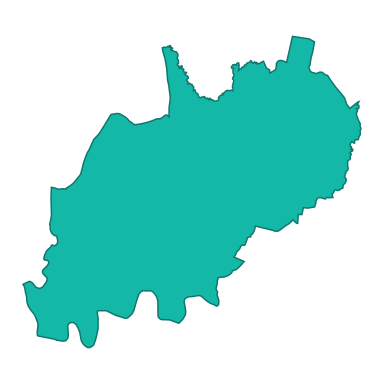 Ba Ria, Bà Rịa - Vũng Tàu, Vietnam
{"feature_id": "81297802B66449035371360", "entity_name": "Ba Ria", "entity_type": "district", "adm_level": 2, "iso_a3": "VNM", "parent_name": "Vietnam", "parent_adm1": "Bà Rịa - Vũng Tàu", "projection": "robinson", "projection_center": [107.192, 10.508], "detail": "fine", "context": "isolated", "style": "filled", "palette": "teal", "viewbox_px": 384, "rotation_deg": 0, "n_neighbors": 0, "source": "geoboundaries", "source_scale": "gbopen_adm2", "svg_char_len": 5842}
<svg xmlns="http://www.w3.org/2000/svg" viewBox="0 0 384 384"><path d="M358.9,101.7L357.8,102.1L349.8,108.5L346.7,104.2L344.5,97.9L343.6,96.6L335.7,87.2L330.1,79.5L327.8,75.7L326.9,75.1L325.4,74.9L322.5,72.5L321.2,72.1L319.3,72.3L316.2,73.6L311.7,72.3L310.3,71.2L308.7,67.1L309.5,66.1L310.1,64.5L310.9,58.6L312.9,51.0L314.5,41.9L309.2,38.9L292.5,36.4L286.6,62.5L283.6,61.1L281.1,60.4L278.8,60.7L278.1,61.1L276.5,63.3L276.0,68.5L275.4,69.8L269.9,73.1L269.5,69.8L267.1,68.6L266.2,67.6L263.5,61.3L260.5,62.7L259.2,63.7L257.6,63.5L256.9,64.0L256.7,63.7L257.0,63.2L256.8,62.5L255.4,63.0L254.7,61.8L253.0,63.4L252.7,63.4L251.4,60.9L250.5,60.8L250.1,62.0L246.6,63.3L246.3,65.0L244.5,65.0L244.0,66.9L242.2,67.1L241.2,68.8L240.0,68.8L238.6,70.4L239.1,65.4L238.7,63.0L238.0,62.8L237.4,63.4L236.7,63.6L236.1,65.2L234.6,64.5L232.8,64.9L231.5,66.8L231.4,67.6L231.7,68.1L233.1,68.1L233.6,68.6L233.0,69.6L233.0,72.4L233.2,73.5L233.9,74.4L233.9,75.8L232.6,78.0L232.6,78.9L233.7,80.0L233.5,82.2L232.5,85.6L232.5,87.3L233.1,88.3L232.8,90.9L231.7,90.0L230.8,90.5L229.1,90.7L227.5,90.2L225.4,91.3L224.0,93.0L222.4,93.4L222.3,94.0L223.1,94.8L220.5,95.4L219.4,96.4L218.4,97.9L218.7,99.2L218.5,100.1L217.8,100.6L215.1,101.2L213.2,100.5L213.0,100.0L211.9,99.9L211.3,99.4L210.6,99.3L210.6,98.8L210.1,98.3L209.6,98.6L209.2,99.8L208.7,99.6L207.7,98.1L207.2,98.2L206.5,98.8L206.0,98.7L204.5,96.6L203.8,96.6L203.3,97.1L202.2,96.9L200.6,97.7L199.2,97.3L198.6,96.4L197.9,94.0L195.9,92.7L195.0,89.9L194.4,89.8L193.4,90.6L193.7,86.7L192.4,85.8L192.1,84.6L191.3,84.5L189.7,83.3L188.0,84.1L187.7,83.8L188.1,82.2L186.6,80.1L186.6,79.7L188.3,78.1L188.3,77.3L187.6,76.2L185.8,75.1L185.0,74.2L185.2,73.5L186.4,73.1L186.6,72.8L186.5,72.4L183.8,72.0L183.5,71.3L183.8,69.4L183.1,68.8L181.6,68.8L181.5,68.1L182.3,66.6L182.2,66.1L181.3,65.9L180.9,66.1L179.6,68.2L179.1,68.4L178.9,68.1L178.9,66.0L177.2,64.7L177.2,64.1L178.4,63.3L178.6,62.9L178.2,60.0L177.1,58.1L177.9,56.0L177.9,54.5L176.7,52.2L175.9,51.7L174.6,51.6L172.8,50.7L170.8,50.3L170.9,49.5L172.4,48.9L172.6,48.4L172.1,47.8L170.7,47.8L170.5,47.2L170.9,46.4L170.1,45.6L169.5,45.7L169.3,47.1L168.0,46.3L165.7,47.6L163.9,47.1L162.9,47.8L162.4,47.8L162.6,50.3L165.1,59.1L166.7,68.4L167.6,80.1L168.7,85.1L170.2,97.0L170.2,99.5L169.1,107.1L169.0,116.9L167.0,115.0L165.3,115.1L162.8,117.2L160.4,118.7L156.5,118.9L152.2,120.8L145.6,122.8L139.0,124.2L134.5,124.7L129.0,120.8L127.5,118.9L125.6,117.2L119.7,113.8L118.0,113.5L115.9,113.6L111.0,114.5L100.4,131.8L98.1,134.9L93.7,139.5L89.3,149.4L87.3,152.8L85.4,157.4L83.5,163.0L80.7,174.2L73.5,183.1L70.0,185.9L66.3,188.1L66.2,189.2L62.8,188.7L59.8,189.2L58.0,189.1L54.6,187.9L51.4,187.3L51.0,197.5L51.5,215.6L49.7,224.4L49.8,225.3L50.2,225.9L50.2,229.5L51.4,232.5L52.3,233.9L54.7,235.7L55.8,235.7L56.9,236.3L57.2,238.7L57.6,239.5L57.6,242.5L56.8,244.2L54.9,245.6L54.1,245.7L52.4,245.0L51.4,245.3L50.7,247.2L48.2,249.2L46.3,251.3L44.3,256.0L43.8,258.6L44.0,259.4L44.8,260.0L46.8,260.3L48.1,260.9L48.6,261.8L48.6,263.6L47.0,266.0L43.4,269.4L42.5,271.0L42.5,272.1L43.0,273.6L46.7,277.6L47.2,278.6L46.9,280.8L46.1,282.4L42.7,287.0L39.9,288.5L36.0,287.4L32.4,282.9L30.3,281.5L28.9,281.5L23.0,284.3L24.1,286.1L25.0,288.9L25.3,291.5L26.5,296.3L27.1,302.7L28.4,306.5L31.3,310.8L33.9,313.9L35.0,315.8L37.7,322.7L38.0,325.1L37.2,332.2L37.4,335.3L37.9,335.9L54.6,339.2L56.5,340.2L62.7,341.1L65.7,340.8L67.8,338.2L68.3,335.4L67.7,325.8L68.3,324.4L69.5,323.2L71.2,322.5L73.4,322.5L75.9,324.3L78.1,328.0L79.8,332.5L81.3,340.7L83.3,344.2L85.6,346.3L87.9,347.6L89.9,347.5L92.5,346.0L93.7,344.8L95.2,340.9L96.5,336.1L98.0,329.1L98.1,318.6L97.2,311.9L97.8,310.7L106.3,310.7L115.6,315.3L125.1,318.2L126.6,318.2L127.7,317.9L131.9,314.1L133.7,310.9L136.7,300.4L139.0,293.9L141.1,291.6L143.3,290.6L145.7,290.9L150.8,290.8L152.5,291.7L154.5,293.6L155.8,295.5L156.7,297.1L157.9,301.1L158.0,315.1L158.4,317.3L159.3,318.2L160.4,319.2L161.7,319.6L169.7,319.9L178.9,323.3L182.6,319.5L185.4,314.9L185.7,311.6L185.3,308.2L184.1,301.8L184.4,300.0L185.0,298.9L186.4,297.8L188.6,296.8L193.0,296.5L198.6,295.5L200.7,295.9L201.8,296.6L206.4,300.7L209.9,303.1L213.8,304.6L216.5,306.1L217.4,305.9L218.4,304.8L218.7,303.6L218.8,300.2L217.1,295.0L217.1,293.4L217.6,292.8L217.4,291.7L216.2,289.4L216.1,288.2L217.0,284.9L217.3,281.2L217.5,279.9L218.0,279.2L218.1,277.6L221.7,277.1L223.7,277.2L228.1,275.6L231.2,273.4L233.0,270.5L236.1,269.7L237.8,268.3L241.3,264.8L244.1,261.5L233.9,257.0L235.5,254.7L236.9,251.7L239.5,249.0L241.6,245.1L244.3,245.3L245.0,244.8L247.1,239.3L247.4,237.9L247.9,237.3L250.6,236.8L251.0,235.1L252.9,233.4L254.3,230.6L255.5,226.1L272.3,230.2L275.3,231.2L277.8,231.2L280.2,229.9L284.7,226.3L288.8,223.8L291.4,221.6L292.7,219.7L293.4,220.0L294.0,220.9L295.6,222.4L296.9,223.4L297.7,223.4L298.2,214.5L301.9,214.6L303.4,207.7L307.9,208.1L314.4,207.0L314.8,206.7L315.1,204.7L315.8,203.6L315.9,201.1L317.7,198.0L318.9,197.6L321.3,197.8L325.0,199.0L325.5,198.9L326.9,197.4L329.2,197.8L330.8,197.5L332.9,197.6L332.4,195.6L332.4,193.5L333.4,192.9L334.8,190.0L335.4,189.8L337.6,190.5L338.8,190.4L340.8,188.9L342.7,188.2L342.9,187.5L343.1,185.2L345.3,182.9L346.2,180.5L346.1,179.0L344.6,176.8L344.6,176.3L345.2,174.9L345.1,173.8L345.9,173.1L346.1,171.1L347.6,170.5L348.2,168.2L347.7,166.7L347.6,161.6L348.1,160.7L349.9,159.4L350.4,158.6L350.3,155.9L351.3,154.4L350.9,153.7L349.7,153.0L350.3,152.3L352.4,151.0L352.9,149.8L352.6,149.1L352.0,149.1L351.2,149.7L350.7,149.4L351.6,147.2L351.4,146.7L350.2,146.1L350.2,144.0L351.6,141.7L353.7,143.0L354.5,143.1L354.7,140.2L354.9,139.8L357.8,139.7L358.4,139.5L358.9,137.0L360.3,134.5L360.1,130.9L361.0,128.5L360.1,126.1L360.2,123.6L358.6,120.6L356.4,114.7L356.3,114.0L356.6,112.7L357.4,111.2L357.3,110.3L356.5,108.8L358.1,108.8L358.7,108.5L359.0,106.3L358.6,105.1L357.1,105.0L356.8,104.3L358.1,103.1L358.9,101.7Z" fill="#14b8a6" stroke="#0f766e" stroke-width="1.5"/></svg>